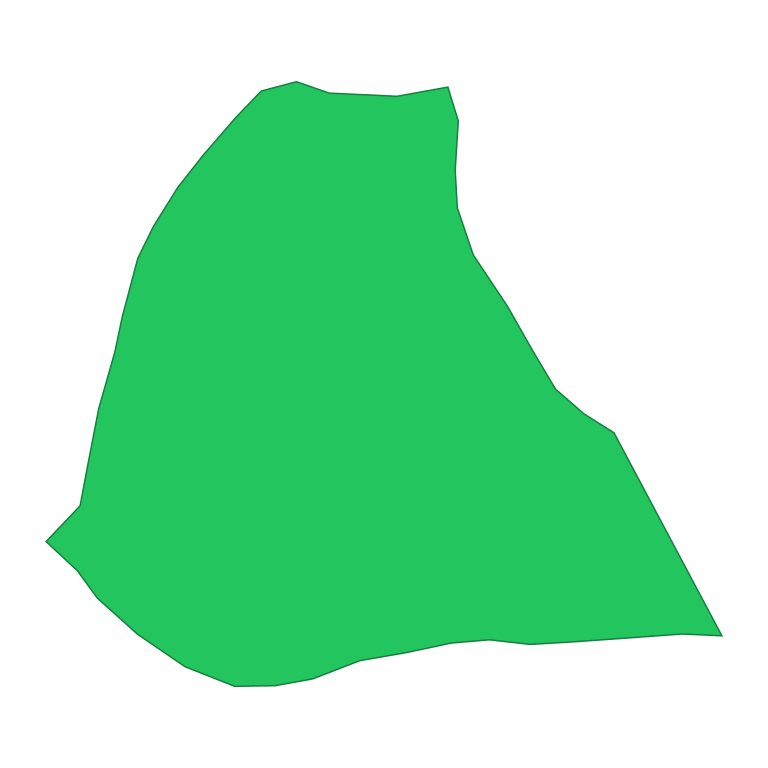 outline of Kouh Ouest, Logone Oriental, Chad
{"feature_id": "50815135B27112556056018", "entity_name": "Kouh Ouest", "entity_type": "district", "adm_level": 2, "iso_a3": "TCD", "parent_name": "Chad", "parent_adm1": "Logone Oriental", "projection": "albers", "projection_center": [16.878, 8.171], "detail": "fine", "context": "isolated", "style": "filled", "palette": "green", "viewbox_px": 768, "rotation_deg": 0, "n_neighbors": 0, "source": "geoboundaries", "source_scale": "gbopen_adm2", "svg_char_len": 624}
<svg xmlns="http://www.w3.org/2000/svg" viewBox="0 0 768 768"><path d="M261.3,91.0L235.8,117.5L203.0,155.4L177.8,187.4L153.5,226.3L137.8,258.3L122.4,316.3L114.8,352.2L98.7,408.7L87.6,466.0L80.1,505.8L46.1,541.6L77.3,570.7L97.4,598.2L137.7,634.4L185.2,666.8L234.6,686.3L275.1,685.7L312.6,678.9L359.7,660.7L407.3,652.4L450.9,643.1L489.4,639.8L530.2,644.4L572.5,641.9L624.9,638.2L682.2,634.0L721.9,635.8L614.0,432.8L583.9,413.8L555.5,389.1L532.4,350.2L507.3,306.0L473.3,255.0L457.3,207.7L455.2,170.2L458.3,121.0L447.9,87.1L396.8,96.3L329.1,93.1L296.5,81.7L261.3,91.0Z" fill="#22c55e" stroke="#15803d" stroke-width="1.5"/></svg>